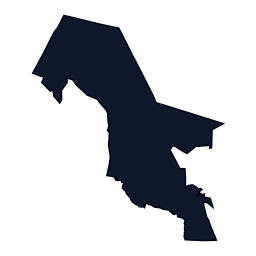 the district of Múzquiz, Coahuila, Mexico
{"feature_id": "50627088B33107431183944", "entity_name": "Múzquiz", "entity_type": "district", "adm_level": 2, "iso_a3": "MEX", "parent_name": "Mexico", "parent_adm1": "Coahuila", "projection": "robinson", "projection_center": [-101.589, 28.349], "detail": "fine", "context": "isolated", "style": "filled", "palette": "ink", "viewbox_px": 256, "rotation_deg": 0, "n_neighbors": 0, "source": "geoboundaries", "source_scale": "gbopen_adm2", "svg_char_len": 4815}
<svg xmlns="http://www.w3.org/2000/svg" viewBox="0 0 256 256"><path d="M216.3,240.2L216.1,239.6L215.9,238.9L215.8,238.7L215.7,238.5L215.6,238.2L215.4,237.8L215.3,237.4L214.9,236.6L214.8,236.3L214.8,236.1L214.7,236.1L214.5,235.7L212.9,231.8L213.0,231.5L212.8,231.4L210.6,226.1L209.5,223.1L208.9,221.2L208.6,220.1L207.1,217.8L206.5,216.4L203.6,205.0L203.4,203.0L203.3,202.8L205.0,202.2L205.6,202.3L208.0,203.1L212.9,207.2L210.7,199.8L210.0,199.8L210.0,198.2L207.2,197.7L204.0,197.0L204.4,194.0L204.2,194.1L203.7,194.5L202.9,194.4L202.6,194.4L202.2,194.5L201.9,194.6L201.7,194.6L201.5,194.8L201.4,194.8L201.2,195.0L200.9,193.6L198.2,195.1L197.4,195.6L197.3,195.2L197.5,195.0L197.5,194.9L197.7,194.6L197.9,194.4L197.9,194.1L198.1,193.9L198.3,193.8L198.7,193.5L198.9,193.2L199.2,193.0L199.2,192.9L199.3,192.7L199.5,192.4L199.5,192.2L199.4,192.0L199.5,191.8L199.7,191.7L199.7,191.4L199.9,191.2L200.0,190.8L200.1,190.7L200.3,190.6L200.5,190.4L200.9,190.4L201.0,190.3L201.2,190.2L201.3,190.1L201.4,189.9L201.4,189.7L201.9,189.5L201.1,188.8L200.4,188.6L198.9,188.8L197.9,188.8L197.6,188.4L197.4,188.3L197.4,188.2L197.2,188.1L196.9,187.7L196.7,187.5L196.5,187.4L196.4,187.1L196.1,186.9L195.9,186.8L195.7,186.8L195.6,186.7L195.4,186.7L195.2,186.6L195.0,186.4L194.7,186.4L194.5,186.2L194.4,186.1L194.2,186.0L194.2,185.9L194.0,185.7L193.8,185.6L193.7,185.5L193.5,185.4L193.4,185.4L193.1,185.1L192.9,185.1L192.7,185.1L192.4,185.0L192.3,184.9L192.2,184.9L192.0,185.0L191.9,185.0L191.7,185.1L191.4,185.1L191.2,185.1L190.9,185.1L190.6,185.2L190.3,185.2L190.2,185.3L190.0,185.5L189.7,185.6L189.1,185.6L188.9,185.4L188.6,185.5L188.3,185.6L188.2,185.7L188.1,185.8L187.9,185.9L187.7,185.9L187.5,186.0L187.4,186.1L187.2,186.1L187.0,186.3L186.9,186.4L186.7,186.4L186.5,186.5L186.4,186.5L186.2,186.7L186.2,186.8L186.0,187.0L185.9,187.0L185.7,187.2L185.6,187.3L185.3,186.9L185.4,182.9L185.4,182.0L185.5,177.0L185.2,173.8L184.9,168.7L180.0,168.8L177.4,164.0L175.8,160.9L174.6,158.6L173.0,155.6L170.4,150.8L170.0,150.0L172.5,145.9L174.5,146.0L175.9,146.8L183.9,151.8L186.9,153.5L187.7,152.9L191.6,149.8L194.3,147.6L195.3,146.5L204.4,145.7L207.5,145.5L210.5,145.2L210.6,145.3L209.9,145.9L209.8,146.9L209.7,147.4L209.7,148.1L211.5,147.9L211.7,143.5L211.8,139.9L212.1,129.7L223.3,123.7L222.2,123.3L211.3,119.9L199.4,116.2L197.6,115.6L190.6,113.4L182.2,110.8L174.2,108.3L169.1,106.7L162.8,104.7L160.9,104.2L159.7,103.9L157.9,103.3L156.1,102.8L155.2,100.7L154.7,99.5L154.4,98.8L154.1,98.0L153.0,95.4L151.9,93.2L151.3,92.0L150.4,90.2L147.5,84.5L146.9,83.3L143.7,77.0L139.4,68.5L138.5,66.9L137.5,64.9L135.0,59.9L133.6,57.6L127.2,44.6L124.2,38.9L124.0,38.6L123.4,37.0L118.6,28.0L118.2,27.9L114.8,27.3L112.8,26.9L105.7,25.4L99.7,24.1L81.5,19.7L77.8,18.7L65.6,15.8L64.0,15.4L60.7,21.8L58.8,25.4L57.5,27.8L54.1,32.2L50.2,39.8L46.3,47.7L42.0,56.0L35.7,67.6L32.7,73.2L44.1,77.3L41.8,82.4L47.9,88.7L50.4,91.2L52.9,89.9L53.9,96.2L56.8,99.6L59.7,103.0L61.6,99.9L61.6,97.7L61.5,93.0L61.5,90.3L67.0,82.7L67.1,77.8L70.2,79.1L72.8,79.7L73.4,80.7L76.4,85.2L78.5,86.9L87.3,95.1L96.9,99.0L101.1,104.2L103.6,107.0L106.5,110.4L107.7,113.7L107.8,115.9L108.2,121.9L108.8,126.2L107.6,130.6L108.1,131.1L109.2,132.2L109.4,134.2L109.1,136.0L109.0,137.3L109.3,138.2L109.2,139.2L109.0,140.0L109.0,140.7L108.8,141.9L108.7,143.0L108.6,143.5L108.7,143.8L108.6,146.2L109.1,148.2L109.7,152.5L110.2,155.6L110.3,157.8L109.5,163.0L109.5,163.7L106.8,175.6L110.9,176.1L114.2,176.8L115.8,180.0L118.1,180.6L120.9,180.0L121.7,180.1L121.4,181.0L121.5,181.4L121.7,181.8L122.1,182.4L122.5,182.3L122.9,182.5L123.4,182.9L123.8,183.4L123.8,184.2L123.5,184.2L123.1,184.8L122.6,185.7L122.5,186.4L122.7,187.2L122.5,187.6L122.4,188.4L123.5,189.0L124.2,190.1L124.6,190.2L124.9,190.5L125.4,190.7L126.0,191.9L126.4,193.5L126.8,194.0L127.2,194.1L127.4,194.9L127.9,194.8L128.2,194.9L129.1,196.9L129.8,197.2L130.5,197.7L130.4,198.8L130.8,199.4L131.0,200.0L131.4,200.3L132.3,201.7L132.6,202.3L133.1,202.6L133.4,202.9L134.0,202.9L134.7,203.3L134.9,203.8L136.1,204.6L136.6,204.7L136.9,204.9L137.6,204.9L138.9,206.6L140.0,206.7L140.4,206.8L141.2,207.1L142.2,206.6L142.6,206.8L143.0,206.6L143.5,207.1L143.8,207.1L144.3,207.3L144.5,207.5L145.7,203.5L145.7,203.0L146.0,202.8L146.7,203.0L147.5,203.8L148.5,204.3L149.2,204.6L151.2,205.0L151.3,205.0L151.7,205.2L152.3,205.8L152.8,206.1L153.2,206.0L154.5,207.1L155.3,207.3L156.0,207.1L156.8,207.3L158.1,207.7L158.6,207.4L159.7,207.7L161.0,208.1L162.0,208.6L162.8,209.1L163.1,209.2L168.3,209.9L168.7,210.0L170.4,212.0L171.7,212.3L172.1,213.5L173.8,214.5L176.7,213.5L177.1,214.5L178.0,214.9L177.6,216.0L177.7,216.8L182.5,217.9L185.1,220.2L184.7,222.3L184.3,223.6L185.0,225.0L184.4,228.5L185.0,232.1L184.3,232.9L184.7,233.5L184.1,236.5L185.2,239.7L190.3,240.0L202.6,240.5L204.4,240.5L206.9,240.5L216.3,240.2Z" fill="#0f172a" stroke="#020617" stroke-width="1.5"/></svg>